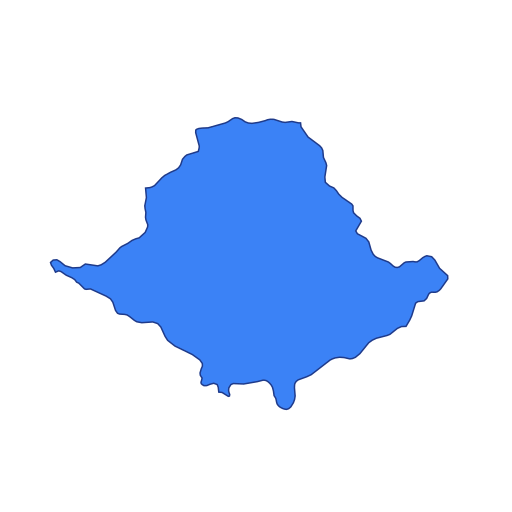 outline of Gandaki, rotated 25°
{"feature_id": "NPL-1095", "entity_name": "Gandaki", "entity_type": "District", "adm_level": 1, "iso_a3": "NPL", "parent_name": "Nepal", "parent_adm1": "", "projection": "albers", "projection_center": [84.335, 28.335], "detail": "fine", "context": "isolated", "style": "filled", "palette": "blue", "viewbox_px": 512, "rotation_deg": 25, "n_neighbors": 0, "source": "natural_earth", "source_scale": "10m", "svg_char_len": 3085}
<svg xmlns="http://www.w3.org/2000/svg" viewBox="0 0 512 512"><g transform="rotate(25 256 256)"><path d="M240.1,116.5L242.2,119.9L252.9,126.2L267.2,129.2L269.8,130.3L272.0,132.2L275.5,138.2L280.0,142.0L281.8,144.2L285.0,155.3L287.7,159.9L293.0,161.5L297.8,161.4L301.4,162.9L304.9,165.0L309.1,166.5L320.8,168.5L322.7,169.6L324.7,173.8L326.2,175.6L330.3,177.1L334.3,177.9L336.8,179.9L335.8,191.1L338.5,193.0L348.2,193.5L352.3,195.6L357.8,202.0L361.5,204.9L364.2,206.0L366.8,206.3L378.5,205.5L381.0,206.0L384.5,207.1L386.8,207.4L388.9,206.7L390.6,205.2L393.2,199.5L394.4,198.1L400.7,194.6L402.7,194.1L404.5,193.2L405.9,191.2L407.9,187.0L409.3,185.0L410.7,183.6L415.5,182.4L419.8,184.1L427.6,189.6L438.0,192.8L439.5,195.7L437.3,207.7L436.6,209.7L435.3,211.9L433.8,213.1L430.2,214.7L428.9,216.4L428.6,217.8L428.6,222.4L427.3,225.6L421.9,229.0L420.6,231.3L422.4,244.5L422.4,249.2L421.7,256.4L417.6,258.5L414.7,261.9L410.5,270.4L408.3,272.7L399.8,279.7L396.9,283.2L394.8,287.0L391.4,300.6L388.9,305.8L386.7,308.2L384.5,309.6L378.8,310.8L374.6,312.4L370.8,314.9L368.7,317.0L367.1,319.0L356.2,340.2L353.1,343.9L346.6,350.4L345.4,352.7L345.1,355.3L345.6,356.9L346.5,359.1L350.6,366.3L351.6,369.8L351.9,373.2L351.3,378.1L350.1,380.6L348.5,382.1L346.9,382.6L345.1,382.9L343.2,382.9L341.1,382.7L339.3,382.1L337.6,381.1L336.3,379.6L335.3,378.2L334.3,376.9L333.6,376.3L331.4,374.9L328.8,370.9L326.4,368.0L324.3,366.5L322.4,365.6L320.3,364.9L318.0,364.6L316.1,365.0L314.8,365.6L310.3,369.3L298.9,377.2L289.3,381.2L287.6,383.1L287.1,386.9L287.9,389.3L289.0,390.9L289.9,391.8L290.8,392.8L291.1,394.2L290.2,394.9L282.9,394.0L279.8,395.1L277.3,391.0L275.2,388.9L271.5,389.2L268.6,391.6L266.1,394.3L263.6,395.5L261.7,395.3L260.3,394.8L259.5,393.7L259.2,391.5L258.7,389.4L255.9,387.6L254.7,385.6L254.1,381.6L254.0,378.5L252.8,376.1L249.0,373.9L239.9,372.2L220.7,371.9L211.6,369.8L207.5,367.2L199.8,360.6L195.5,358.8L190.3,359.4L180.7,364.7L175.7,366.0L172.8,365.7L167.0,364.3L164.1,363.9L161.7,364.4L156.8,366.3L154.7,366.4L151.7,364.7L145.8,358.4L142.2,356.3L137.1,355.7L119.9,355.8L116.1,358.0L114.5,358.3L106.9,355.5L104.5,355.5L101.7,354.0L98.2,353.5L92.1,353.6L85.9,352.5L83.5,352.8L81.1,355.4L77.9,352.7L74.5,350.8L72.5,348.7L73.9,345.4L77.1,343.6L80.7,343.9L87.1,345.5L94.8,344.3L101.6,340.7L104.7,335.4L116.8,331.8L119.4,329.4L122.0,325.4L127.6,311.6L129.2,306.1L130.2,304.2L134.5,298.7L137.1,294.2L139.9,291.1L142.4,289.0L145.6,281.5L145.5,275.5L144.7,273.4L141.0,269.8L139.5,267.6L137.8,263.1L135.5,260.0L134.0,257.5L132.0,249.4L127.2,241.1L130.9,238.9L132.5,237.4L134.3,235.1L137.6,225.0L139.2,221.6L143.4,215.9L143.8,215.5L147.0,211.8L148.6,208.8L149.2,205.3L148.5,199.4L149.5,195.8L150.6,193.6L159.5,185.6L158.8,182.1L158.1,180.3L149.2,169.7L148.2,167.3L148.7,166.2L150.3,164.6L153.2,162.8L158.4,160.1L172.0,148.4L174.0,146.0L176.7,141.4L178.5,139.6L181.3,138.5L185.4,138.3L189.5,139.0L192.9,138.7L196.3,137.5L201.9,133.8L207.2,129.4L208.8,127.7L211.2,126.0L214.4,124.6L223.2,123.5L226.0,122.6L231.7,118.9L238.2,117.4L240.1,116.5Z" fill="#3b82f6" stroke="#1e3a8a" stroke-width="1.5"/></g></svg>